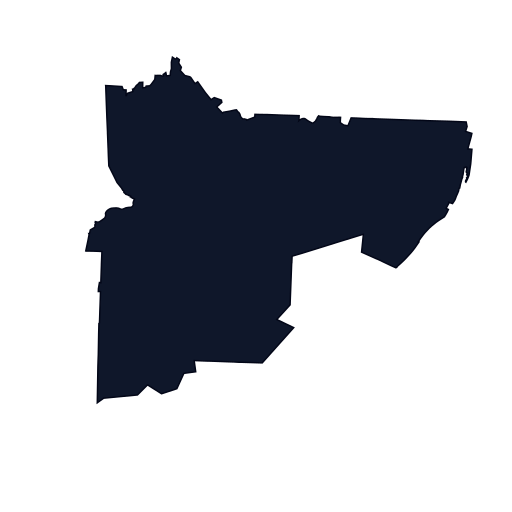 the district of Ainažu pag., Salacgrivas, Latvia, rotated 194°
{"feature_id": "27541924B96759845375201", "entity_name": "Ainažu pag.", "entity_type": "district", "adm_level": 2, "iso_a3": "LVA", "parent_name": "Latvia", "parent_adm1": "Salacgrivas", "projection": "orthographic", "projection_center": [24.506, 57.884], "detail": "fine", "context": "isolated", "style": "filled", "palette": "ink", "viewbox_px": 512, "rotation_deg": 194, "n_neighbors": 0, "source": "geoboundaries", "source_scale": "gbopen_adm2", "svg_char_len": 5580}
<svg xmlns="http://www.w3.org/2000/svg" viewBox="0 0 512 512"><g transform="rotate(194 256 256)"><path d="M443.1,385.0L442.9,384.5L441.6,379.9L439.3,371.9L438.0,367.4L434.4,355.0L429.9,339.8L429.9,339.6L429.5,338.3L426.9,329.4L425.7,325.2L425.7,325.3L423.3,316.9L420.6,307.8L412.9,298.8L408.6,293.7L402.9,289.4L401.2,287.6L400.8,287.5L399.8,286.9L399.6,285.8L399.2,285.5L398.7,285.3L398.0,284.9L397.6,284.7L397.3,284.4L395.6,284.3L395.0,284.3L394.4,283.9L393.6,284.1L393.4,284.0L393.2,283.9L392.8,284.0L392.6,283.8L392.4,283.4L392.3,283.1L391.9,283.3L391.7,283.5L391.4,283.2L391.3,282.8L391.2,282.6L390.7,282.6L390.1,282.3L390.0,282.2L389.7,282.2L389.2,282.2L388.8,282.0L388.2,282.2L387.6,282.0L387.8,280.9L388.1,279.5L388.1,277.7L387.5,276.5L387.5,275.4L387.8,274.4L388.7,273.2L391.5,272.3L393.8,271.3L396.6,269.2L398.1,268.7L400.8,269.1L403.0,268.9L406.0,268.0L407.9,267.3L409.0,266.6L410.5,265.2L411.1,264.4L411.8,263.3L412.3,261.8L412.3,260.6L411.7,259.3L411.7,256.9L412.4,255.7L413.9,253.9L416.2,251.3L417.6,250.6L418.5,250.5L420.2,250.5L420.2,249.7L420.0,249.3L419.7,248.9L419.5,248.6L419.4,248.2L419.7,247.7L419.8,247.4L419.9,247.2L419.8,246.9L419.7,246.9L419.7,246.7L419.4,246.2L419.3,245.6L419.8,244.4L423.0,241.3L423.1,241.1L423.1,240.9L423.0,239.8L423.0,237.3L423.1,237.2L423.6,237.2L423.3,236.7L423.1,236.1L423.0,233.9L422.8,230.5L422.4,219.7L422.1,219.7L415.8,221.2L410.6,222.3L406.6,223.1L406.5,222.7L404.0,210.6L403.8,209.8L400.2,193.0L400.2,192.9L400.1,192.5L401.5,192.4L401.3,190.0L401.0,186.2L400.4,183.4L398.3,183.9L397.4,179.9L391.7,153.2L392.1,152.6L389.9,142.7L385.1,121.9L383.9,116.2L382.7,110.7L374.5,75.2L369.4,81.2L337.4,92.5L330.1,104.7L314.3,99.5L300.7,108.1L297.6,124.7L286.5,129.1L290.7,139.6L277.8,142.3L274.8,143.0L256.7,146.8L251.6,147.9L246.8,148.8L245.3,149.2L233.8,151.7L224.1,153.8L202.1,195.6L220.5,199.4L211.1,216.8L219.7,257.9L219.6,258.0L220.9,264.4L220.9,264.6L212.5,269.5L192.4,281.7L180.8,288.8L158.1,302.5L157.1,303.0L156.8,301.3L154.5,285.3L147.8,284.1L142.7,283.2L138.3,282.4L138.2,282.5L122.4,279.3L117.9,278.5L117.4,278.4L116.5,279.4L116.4,280.1L113.8,283.9L111.5,287.5L109.7,290.6L106.5,296.5L105.1,299.4L103.8,302.4L101.3,309.0L102.1,309.1L101.8,309.7L100.7,312.7L99.1,316.5L98.2,318.5L97.5,319.9L94.8,324.7L94.8,324.8L93.4,326.8L93.3,327.1L91.4,329.6L89.4,332.3L87.3,334.7L82.6,339.7L82.3,341.1L82.1,341.4L81.1,345.0L80.6,347.7L82.9,348.2L83.0,348.6L82.4,350.8L81.5,354.4L81.7,354.7L78.0,354.4L77.2,356.6L76.6,358.4L76.3,360.4L76.1,362.5L76.0,363.0L75.6,365.2L75.2,367.9L75.3,367.9L75.3,369.7L75.2,371.2L74.8,371.3L74.9,373.2L75.0,374.9L74.9,377.6L74.9,379.2L74.9,380.1L74.6,382.4L74.9,382.5L74.9,382.8L74.8,385.1L75.4,390.7L75.4,392.3L75.2,392.4L74.8,392.4L74.5,392.7L74.1,392.9L73.4,393.2L73.2,393.2L72.8,392.8L72.5,392.6L72.5,392.4L72.8,392.1L72.9,391.9L72.5,391.4L72.5,390.7L72.4,390.4L72.3,390.2L72.5,389.6L72.5,389.4L72.5,389.2L72.4,388.8L72.3,388.3L72.1,388.1L71.9,387.9L71.7,387.9L71.4,387.9L71.1,387.8L71.1,387.7L71.0,387.2L71.1,386.8L71.2,386.4L71.2,385.9L71.2,385.7L70.8,385.5L70.4,385.4L70.1,385.3L69.9,385.2L69.8,384.9L70.1,384.0L70.1,383.7L70.3,383.3L70.6,382.9L70.5,382.7L70.4,382.6L70.1,382.0L70.2,381.8L70.7,380.2L70.8,379.7L70.8,379.3L70.8,379.2L70.4,378.9L70.4,378.5L70.2,378.4L69.5,381.4L69.3,382.4L69.2,383.4L69.1,383.9L69.0,384.9L68.9,385.4L68.9,385.9L68.9,386.5L69.0,387.5L69.3,390.6L69.8,395.8L69.9,396.9L70.0,397.6L70.3,399.6L70.9,403.2L71.9,409.4L72.1,410.5L72.3,411.8L76.4,411.2L76.1,423.9L76.2,427.2L82.8,427.6L82.5,432.7L84.5,436.9L93.3,435.1L101.4,433.4L109.6,431.6L117.7,429.8L122.8,428.7L127.0,427.9L134.4,426.2L157.2,421.4L163.7,420.0L168.4,419.0L173.1,418.0L174.8,417.7L175.6,417.5L175.8,417.6L177.6,417.1L182.8,415.9L185.3,415.4L191.0,414.3L197.1,413.0L197.5,410.1L198.3,404.6L202.6,404.3L206.5,405.8L207.3,409.7L207.3,409.9L207.5,411.0L208.1,410.9L214.5,409.2L217.7,408.8L217.5,408.0L218.1,408.9L224.0,407.7L228.0,407.0L229.1,407.2L230.0,405.3L229.9,404.5L230.4,403.1L230.9,401.3L231.3,400.7L232.4,399.2L233.1,398.7L233.7,398.6L237.5,399.5L239.5,400.2L241.4,401.0L242.5,401.1L243.8,400.7L244.3,400.4L244.8,400.1L245.5,399.6L246.1,399.0L247.1,397.7L247.1,397.8L247.4,399.1L248.1,402.6L255.1,401.1L263.7,399.2L271.4,397.6L279.1,396.0L286.7,394.2L291.3,393.2L290.8,390.5L293.7,388.5L297.9,385.6L298.0,385.7L298.2,386.0L298.4,386.1L298.7,386.2L298.9,386.1L299.2,386.2L299.5,386.1L300.6,386.2L301.3,385.9L301.5,385.8L301.7,385.7L302.8,386.2L303.5,386.6L303.8,386.8L304.2,387.0L304.5,387.5L304.8,387.8L305.3,388.6L305.5,389.0L306.0,389.8L307.2,390.9L307.3,391.1L308.3,391.5L308.7,391.7L309.7,392.6L310.3,393.1L311.9,392.5L316.5,390.2L322.4,387.6L323.0,386.5L330.2,391.1L326.3,396.8L327.3,398.9L334.8,399.6L337.5,396.8L338.6,397.7L344.6,402.2L354.7,410.9L356.9,408.5L362.3,413.3L362.6,413.5L363.1,413.7L363.6,413.9L368.7,413.9L374.3,417.6L374.1,421.1L377.7,424.5L377.8,428.0L380.7,429.1L380.7,428.8L380.8,428.7L381.1,428.3L381.8,427.5L385.2,428.7L385.1,426.1L385.0,423.5L384.2,420.4L383.4,417.4L383.4,417.0L383.4,416.2L383.5,415.1L383.5,414.5L383.5,414.0L383.4,413.1L383.2,411.9L383.0,411.3L382.9,410.5L386.5,409.1L387.7,411.9L387.9,412.2L388.8,411.0L389.7,410.0L390.0,409.7L389.3,408.4L390.7,407.9L392.5,408.1L395.2,407.4L396.9,406.9L397.1,406.8L397.5,406.8L396.9,402.8L399.3,397.0L400.3,395.4L403.7,394.3L403.8,392.9L406.5,391.8L406.9,392.8L407.9,397.2L411.1,396.2L411.8,394.6L413.4,392.4L414.7,388.8L414.8,388.8L414.6,388.4L416.1,388.0L415.2,385.8L419.9,382.9L420.8,379.6L422.2,385.7L425.0,385.2L427.0,388.0L437.4,386.1L443.1,385.0Z" fill="#0f172a" stroke="#020617" stroke-width="1.5"/></g></svg>